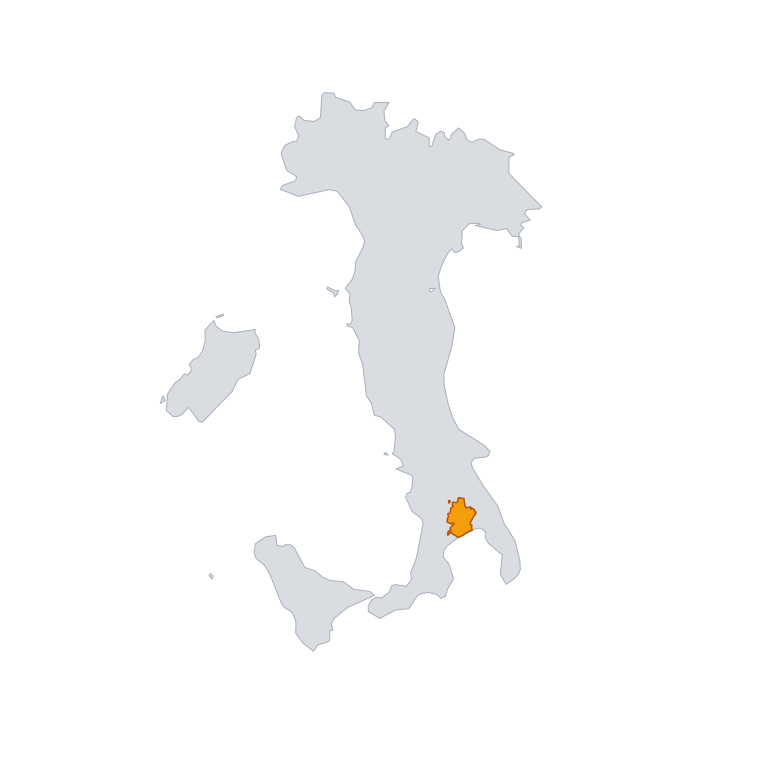 Matera highlighted on a map of Italy, rotated 32°
{"feature_id": "ITA-5389", "entity_name": "Matera", "entity_type": "Province", "adm_level": 1, "iso_a3": "ITA", "parent_name": "Italy", "parent_adm1": "", "projection": "albers", "projection_center": [16.459, 40.447], "detail": "fine", "context": "in_parent", "style": "filled", "palette": "amber", "viewbox_px": 768, "rotation_deg": 32, "n_neighbors": 0, "source": "natural_earth", "source_scale": "10m", "svg_char_len": 5833}
<svg xmlns="http://www.w3.org/2000/svg" viewBox="0 0 768 768"><g transform="rotate(32 384 384)"><path d="M187.4,163.8L190.9,166.5L205.8,163.1L214.3,166.8L222.0,162.8L227.3,156.0L226.8,150.4L239.1,142.7L239.4,152.8L245.2,160.2L251.3,162.4L249.5,166.3L255.0,175.2L257.5,174.6L258.5,173.2L257.5,166.1L267.4,153.2L268.5,143.7L270.1,142.8L274.3,143.8L277.2,153.0L291.8,151.3L296.2,158.3L298.6,157.2L295.7,145.4L297.8,139.7L301.7,138.9L304.2,141.9L309.6,143.0L310.1,139.6L308.9,137.2L311.5,127.3L319.7,128.8L324.3,132.7L330.0,132.9L335.4,125.3L339.3,123.5L357.8,124.0L371.7,119.9L372.8,121.0L370.1,124.7L370.8,127.2L378.4,139.3L423.9,150.2L423.1,153.1L413.1,160.1L412.2,162.9L413.6,165.4L421.0,167.4L415.6,174.2L415.6,176.8L419.6,177.3L418.7,185.7L423.5,188.4L428.7,196.0L423.2,197.2L425.5,195.3L420.2,187.8L414.3,190.7L405.3,187.3L398.8,193.8L377.1,201.4L381.0,197.7L379.4,197.6L371.5,202.3L369.2,212.5L374.7,222.9L379.3,226.8L376.8,232.9L373.9,235.1L370.2,233.2L368.8,238.7L370.1,253.6L373.0,264.1L383.2,276.1L390.9,280.1L414.3,298.7L422.5,318.7L429.4,343.7L435.6,353.2L448.7,366.7L460.7,376.7L472.0,382.8L501.9,382.9L509.5,385.1L510.4,389.3L509.0,392.1L500.0,399.0L499.4,404.5L503.6,408.4L524.1,418.7L545.2,427.2L559.4,438.3L578.0,447.4L592.6,461.5L597.9,469.0L599.0,474.9L595.7,485.1L593.8,489.3L583.4,483.7L574.9,466.4L556.7,463.7L551.4,460.7L548.3,455.5L542.6,455.0L538.6,457.8L528.7,474.1L523.3,488.2L523.0,493.8L526.0,499.3L534.8,502.4L546.2,512.3L546.6,524.6L548.7,531.6L545.8,535.6L540.0,534.6L532.3,537.2L526.8,541.8L524.5,546.1L524.0,561.5L513.6,569.6L504.5,585.1L491.2,585.2L488.1,580.3L488.1,573.2L490.4,568.8L495.3,566.8L498.6,557.7L497.6,551.1L499.6,548.2L510.2,543.8L510.8,534.6L506.8,530.4L503.5,513.7L490.9,481.4L486.7,478.2L475.5,477.2L462.3,468.5L461.5,464.9L463.8,461.5L462.4,456.8L458.4,448.6L455.6,446.6L439.2,449.8L444.0,443.3L438.2,438.9L428.1,438.7L428.3,435.8L421.5,422.4L416.9,416.9L398.5,413.6L392.4,415.7L383.6,407.0L375.5,403.5L355.6,378.8L345.9,371.1L340.1,360.4L327.7,352.8L321.8,354.2L320.5,352.7L323.7,350.9L323.3,346.9L315.4,336.1L310.6,332.5L307.5,325.6L300.4,323.5L301.5,311.6L299.3,303.0L295.2,295.5L293.6,278.3L291.9,273.3L287.0,269.3L275.8,264.3L260.7,252.1L242.2,245.3L234.1,248.5L212.1,270.2L192.9,273.9L193.0,268.9L201.2,258.7L200.2,254.4L188.5,254.6L174.5,243.1L173.3,234.1L178.5,226.2L181.2,224.5L180.4,218.8L171.9,213.1L169.0,205.3L169.0,202.8L171.5,201.7L176.7,202.7L185.7,198.4L188.9,191.6L178.3,172.2L179.1,168.6L187.4,163.8ZM375.5,280.5L376.3,276.1L372.3,278.7L373.3,280.8L375.5,280.5ZM487.8,568.5L471.6,592.8L465.9,609.2L466.5,615.4L471.0,620.1L468.7,621.8L473.5,629.7L473.5,631.8L466.1,640.5L465.8,648.1L452.2,646.7L441.1,642.0L435.9,633.1L431.6,629.3L427.0,626.3L417.4,626.2L413.2,624.3L388.4,606.1L378.7,601.1L367.3,599.4L363.0,595.4L359.6,587.7L364.7,576.1L372.4,569.8L378.8,577.6L384.7,575.4L385.1,573.0L389.3,570.1L394.5,570.3L414.0,581.6L424.5,578.9L434.0,580.3L442.7,579.1L454.1,573.2L467.2,574.1L482.4,567.3L487.8,568.5ZM259.7,426.3L264.8,446.1L257.7,457.3L259.2,470.2L250.2,512.7L247.1,513.8L230.7,507.4L228.6,517.2L226.1,521.0L222.5,523.3L213.4,521.8L205.7,506.9L206.2,492.9L208.4,489.0L209.3,481.0L212.8,480.8L213.6,475.4L211.9,472.3L208.5,471.0L209.1,464.9L212.0,460.5L212.7,452.3L209.1,441.4L203.6,433.2L206.1,420.2L211.1,424.0L219.1,424.6L229.0,420.4L245.8,406.2L247.7,409.2L254.0,412.3L259.5,419.5L256.9,423.6L259.7,426.3ZM295.6,328.7L296.8,331.9L296.0,336.1L293.1,333.5L285.4,333.9L284.8,331.7L294.2,330.5L295.6,328.7ZM207.4,514.1L204.7,518.9L202.8,512.1L203.2,511.2L207.4,514.1ZM211.6,411.1L207.6,416.2L205.8,415.9L210.8,410.0L211.6,411.1ZM341.6,640.6L337.2,639.2L337.1,636.7L340.7,637.3L341.6,640.6ZM424.9,442.3L421.2,443.7L421.4,441.1L424.9,442.3Z" fill="#d9dde1" stroke="#a8b0b8" stroke-width="1"/><path d="M536.2,461.2L533.1,465.8L532.3,467.4L531.3,470.4L531.1,470.9L530.5,471.2L529.1,473.7L527.6,475.0L526.9,474.8L524.4,474.6L523.2,474.9L522.8,474.9L521.4,474.7L520.2,474.8L520.1,474.7L519.9,474.6L519.7,474.2L519.3,474.1L519.1,474.3L519.0,474.5L518.9,474.7L518.8,474.9L518.7,475.2L518.7,475.6L518.7,476.8L518.6,477.5L518.2,478.2L517.6,477.8L517.4,477.5L517.4,477.3L517.3,476.7L517.2,476.2L516.7,475.5L516.6,475.1L516.6,474.6L516.9,474.1L517.2,473.8L517.6,473.6L518.1,473.1L518.0,472.5L517.6,472.0L517.0,471.7L516.5,471.3L516.4,470.6L517.2,467.2L517.3,465.4L516.5,465.3L516.0,465.4L515.6,465.5L515.5,465.8L515.4,466.6L515.2,466.9L514.5,467.2L513.2,467.2L511.9,467.6L511.2,467.6L510.5,467.3L510.0,466.6L509.6,465.9L508.8,462.1L508.5,461.6L507.5,461.0L507.1,460.6L507.0,460.0L507.4,459.5L507.9,459.1L508.2,458.5L507.9,457.1L506.6,454.2L506.7,453.0L507.4,451.8L507.5,451.5L505.7,450.0L505.0,449.0L505.1,447.8L505.4,447.5L506.5,447.2L508.6,445.8L508.7,444.5L507.5,442.1L507.7,440.7L508.0,440.4L509.1,440.3L511.8,439.1L512.4,438.7L516.0,443.0L518.2,445.0L518.7,445.3L519.1,445.5L519.4,445.3L519.7,445.2L520.4,444.5L521.2,443.5L522.1,442.7L522.3,442.6L522.5,442.5L522.8,442.7L522.9,443.0L523.1,443.5L523.5,443.9L523.7,444.1L523.9,444.1L524.0,444.0L524.1,443.8L524.0,443.7L523.9,443.5L523.6,443.2L523.5,442.9L523.6,442.7L523.9,442.6L524.1,442.7L524.8,443.1L525.0,443.1L525.1,442.9L525.0,442.7L525.5,442.5L526.8,442.7L527.1,442.8L528.0,443.4L529.2,443.7L529.5,443.8L530.4,444.8L530.4,445.3L529.8,445.6L529.7,445.8L529.8,446.0L530.0,446.1L530.3,446.4L530.4,446.6L530.6,446.9L530.6,447.2L530.6,447.4L530.2,448.8L530.4,450.9L530.3,453.1L530.3,453.3L530.5,453.8L530.9,456.5L531.0,456.9L531.3,457.3L531.6,457.4L531.8,457.4L532.7,457.1L532.8,457.1L533.2,457.1L533.4,457.3L533.6,457.6L534.2,459.0L534.4,459.2L534.5,459.3L534.9,459.7L535.0,459.8L535.2,460.1L535.4,460.5L535.6,460.7L535.8,460.9L536.2,461.2ZM501.9,448.1L502.3,448.3L502.2,449.0L502.3,450.4L501.6,450.2L501.2,449.3L500.6,448.7L501.2,448.2L501.9,448.1Z" fill="#f59e0b" stroke="#b45309" stroke-width="1.5"/></g></svg>